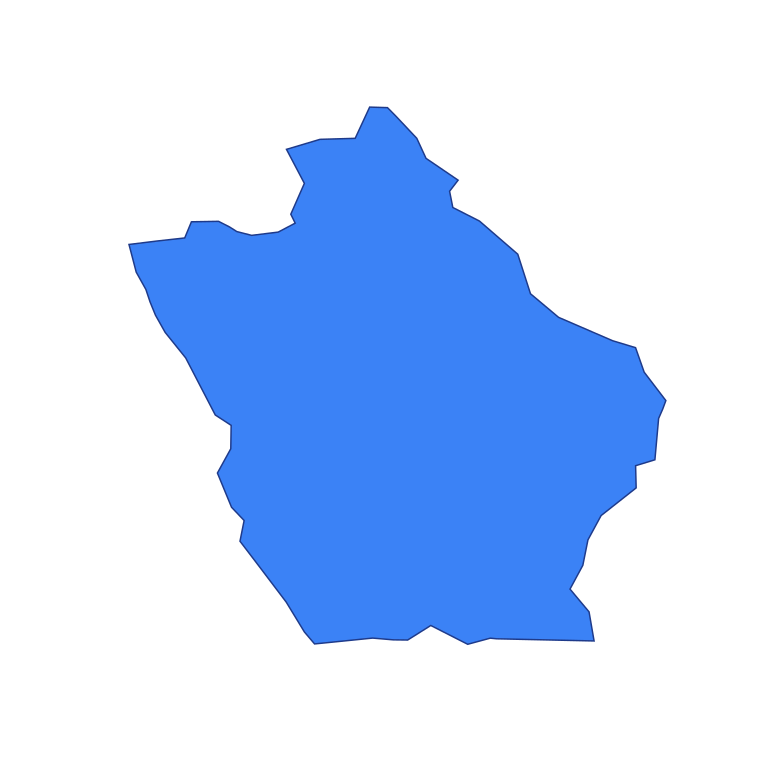 outline of Mo'nxxairxan, Hovd, Mongolia, rotated 194°
{"feature_id": "93677404B78985711680855", "entity_name": "Mo'nxxairxan", "entity_type": "district", "adm_level": 2, "iso_a3": "MNG", "parent_name": "Mongolia", "parent_adm1": "Hovd", "projection": "equal_earth", "projection_center": [91.832, 47.003], "detail": "fine", "context": "isolated", "style": "filled", "palette": "blue", "viewbox_px": 768, "rotation_deg": 194, "n_neighbors": 0, "source": "geoboundaries", "source_scale": "gbopen_adm2", "svg_char_len": 1023}
<svg xmlns="http://www.w3.org/2000/svg" viewBox="0 0 768 768"><g transform="rotate(194 384 384)"><path d="M447.5,653.0L464.9,649.2L471.4,615.4L505.3,605.9L535.4,588.1L509.8,559.4L515.5,526.2L509.1,518.6L523.4,505.8L548.4,496.2L563.7,496.3L571.8,499.0L583.9,501.8L610.1,494.8L612.7,477.5L638.9,467.8L665.2,457.7L659.5,447.3L651.5,432.6L637.9,418.1L630.9,407.1L622.4,395.5L608.8,381.1L582.7,361.3L540.2,313.1L522.3,306.9L517.0,284.1L524.1,257.3L502.1,227.5L486.7,217.7L485.7,196.6L463.2,178.6L426.1,148.7L401.2,124.1L388.5,115.0L377.3,119.0L333.6,134.7L313.1,138.0L299.1,141.3L280.2,161.0L239.8,151.7L219.4,163.1L213.2,164.0L118.0,185.5L129.9,212.5L139.1,219.2L153.9,230.0L147.2,256.2L148.4,282.1L141.5,308.9L114.2,344.2L120.1,365.6L102.8,376.0L109.2,417.0L107.5,427.1L106.5,436.1L134.4,458.4L148.7,480.1L172.7,481.3L230.7,490.9L263.7,507.0L285.6,542.3L330.8,565.2L359.9,571.9L360.3,572.7L367.0,586.9L361.4,599.7L397.8,613.1L411.6,630.3L438.1,647.3L447.5,653.0Z" fill="#3b82f6" stroke="#1e3a8a" stroke-width="1.5"/></g></svg>